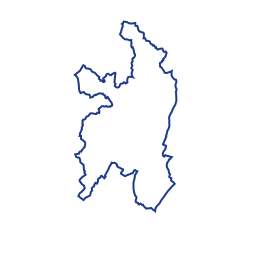 the district of Lac Thuy, Hòa Bình, Vietnam, rotated 41°
{"feature_id": "81297802B25708049906691", "entity_name": "Lac Thuy", "entity_type": "district", "adm_level": 2, "iso_a3": "VNM", "parent_name": "Vietnam", "parent_adm1": "Hòa Bình", "projection": "mercator", "projection_center": [105.716, 20.495], "detail": "fine", "context": "isolated", "style": "outline", "palette": "blue", "viewbox_px": 256, "rotation_deg": 41, "n_neighbors": 0, "source": "geoboundaries", "source_scale": "gbopen_adm2", "svg_char_len": 5727}
<svg xmlns="http://www.w3.org/2000/svg" viewBox="0 0 256 256"><g transform="rotate(41 128 128)"><path d="M203.0,172.9L201.7,171.0L201.2,169.4L201.1,168.4L201.0,166.8L201.3,164.6L200.4,159.8L200.3,157.4L199.9,154.2L199.5,148.9L199.6,143.5L199.9,139.5L198.0,139.1L194.9,139.4L193.7,137.5L191.4,138.0L191.0,137.6L190.2,135.9L190.1,135.3L188.4,134.9L186.4,133.3L185.5,132.8L183.3,132.3L181.1,130.0L180.4,128.6L180.2,126.0L179.7,125.0L180.1,123.5L180.1,121.3L174.0,124.1L174.2,125.7L173.3,126.0L172.6,125.9L172.2,125.7L171.2,124.6L170.5,123.2L170.3,122.3L170.0,119.3L169.7,118.9L168.7,116.7L168.2,116.5L165.9,117.4L165.1,117.4L164.3,114.5L163.8,113.5L163.7,112.5L163.4,112.2L163.2,111.0L162.6,110.0L162.5,109.4L162.1,109.4L161.9,109.2L161.7,108.3L160.2,105.4L159.6,104.5L159.2,102.2L158.7,101.2L158.2,99.8L156.2,97.4L155.1,96.4L154.3,95.1L152.8,93.9L151.9,92.7L151.2,90.9L151.1,90.0L150.7,89.4L150.6,87.9L148.9,82.5L148.5,79.8L148.0,78.4L147.3,77.2L146.6,75.6L141.4,70.1L140.5,69.4L140.1,68.6L139.9,67.9L139.0,66.7L137.1,65.9L136.0,64.9L135.1,63.4L134.5,61.9L133.7,60.8L132.4,60.1L131.2,60.8L128.9,60.7L127.1,60.1L125.9,59.3L124.1,57.1L123.7,56.3L123.2,57.5L121.0,61.3L119.3,62.2L118.3,61.6L113.7,60.4L112.1,60.7L109.5,58.1L109.6,57.4L110.2,56.5L110.3,56.1L109.6,55.0L110.3,53.8L109.2,52.9L109.5,52.0L109.3,51.1L109.5,49.6L107.8,45.9L106.2,45.6L105.8,46.6L105.2,46.9L104.2,46.8L102.2,45.7L101.5,46.1L101.3,45.9L99.8,47.7L99.3,48.9L98.7,49.4L97.8,49.1L97.3,49.1L96.5,49.5L96.4,49.4L96.1,48.7L95.8,48.5L95.4,48.6L94.5,49.1L93.3,48.7L93.2,49.2L92.8,49.4L91.8,48.9L91.0,49.4L90.1,49.5L89.2,49.3L88.1,48.6L87.6,48.5L86.4,48.8L84.5,50.2L82.0,49.1L80.9,50.1L79.8,48.4L78.1,46.4L77.7,46.1L77.2,46.0L76.8,46.1L75.5,46.8L74.1,47.1L73.5,47.7L73.2,47.7L70.7,46.8L69.6,45.7L68.2,44.9L66.9,45.9L66.6,46.0L64.6,44.0L63.3,45.4L62.7,46.5L61.8,47.0L61.2,47.6L60.1,48.3L57.5,48.8L54.9,50.6L55.5,52.1L55.2,53.4L56.0,53.3L56.3,53.5L57.2,54.5L58.7,58.2L59.8,60.1L60.2,61.6L60.6,62.6L61.6,62.8L63.9,62.9L64.7,63.3L67.2,63.1L67.8,62.9L69.0,61.8L71.9,60.6L72.8,59.5L73.9,60.8L75.2,61.8L76.3,63.6L76.9,64.1L77.7,64.6L78.2,64.7L78.7,64.0L80.1,64.7L80.7,65.3L81.9,65.9L83.6,67.5L84.6,67.7L85.6,68.4L85.9,69.0L86.3,70.5L86.3,71.5L85.8,72.1L85.9,72.6L86.3,73.4L87.7,74.4L87.7,75.4L88.1,76.6L88.4,77.0L90.3,78.0L91.2,80.5L91.4,80.8L93.5,81.1L94.5,83.8L95.4,84.9L97.2,86.3L98.2,86.5L97.3,86.9L95.6,88.3L94.8,89.3L94.9,90.0L95.3,91.3L96.6,93.1L97.6,93.9L97.4,95.4L97.1,95.9L95.3,95.8L94.9,96.1L94.8,96.4L95.0,97.1L94.9,97.6L93.5,99.5L93.6,100.7L94.2,102.1L94.3,102.8L94.0,103.8L93.5,104.3L92.4,105.0L90.8,105.0L90.3,104.7L89.7,102.9L88.8,102.9L87.9,102.4L87.0,101.3L85.3,98.9L84.2,97.4L83.4,96.0L82.6,94.9L82.0,94.8L81.5,95.5L81.3,96.2L80.8,97.1L80.6,99.3L79.7,99.7L77.6,100.0L76.9,100.6L76.7,101.4L76.8,102.5L77.4,103.4L76.7,106.4L76.7,106.8L77.2,107.2L79.0,107.6L79.8,108.1L79.8,108.8L79.4,109.4L79.0,109.5L78.9,109.1L78.6,109.0L77.0,109.5L76.6,109.8L76.5,110.3L76.3,110.4L75.9,109.7L74.1,110.0L73.4,109.7L72.9,108.3L70.8,108.6L67.5,108.1L66.3,108.2L64.2,109.0L63.5,109.0L61.5,108.3L60.8,108.4L58.9,109.3L57.9,110.1L56.8,110.5L56.4,110.5L55.5,109.8L54.1,109.6L53.1,110.0L54.2,116.4L53.0,122.8L56.0,122.9L58.2,123.9L59.4,125.0L62.0,127.2L66.1,131.3L68.4,132.5L69.4,132.7L69.8,131.4L71.3,129.8L72.5,130.3L73.3,130.0L74.1,130.1L74.7,129.6L76.3,128.8L76.9,128.2L78.0,128.5L78.9,129.1L79.5,129.8L81.1,127.8L80.9,126.7L81.2,124.7L81.5,124.4L82.1,124.3L83.5,120.8L86.5,118.6L86.9,119.0L87.6,119.0L89.1,118.5L90.2,119.1L90.9,119.9L91.6,120.0L92.2,119.8L92.4,119.6L92.4,119.1L92.1,118.1L92.7,118.0L95.4,118.9L99.3,119.8L101.3,121.3L100.5,123.8L99.5,124.1L99.0,125.2L98.6,125.5L97.1,125.7L96.5,127.0L95.9,127.5L94.6,128.0L93.9,128.9L93.8,130.8L93.3,132.5L93.3,133.0L95.5,134.2L96.3,135.3L96.4,135.7L95.0,136.3L94.7,136.6L94.9,138.3L94.7,138.5L91.9,140.1L90.4,141.2L89.9,142.0L90.2,144.5L89.9,145.5L89.2,146.7L89.8,149.0L89.6,150.2L88.7,151.3L88.8,152.3L90.1,153.4L90.9,155.0L91.8,155.1L92.2,155.6L92.8,158.0L93.1,158.4L94.0,159.0L94.1,159.9L94.4,160.3L95.2,163.4L96.1,164.5L96.7,165.7L97.4,164.9L97.7,164.8L99.8,167.1L100.3,167.2L101.5,166.8L105.0,166.9L106.5,168.5L107.2,169.6L107.2,170.3L107.9,171.1L107.7,172.8L107.8,174.1L107.6,175.0L108.1,175.8L108.2,176.5L107.2,177.3L107.1,177.9L107.2,178.6L107.9,179.4L105.5,182.5L107.9,183.8L109.4,183.3L110.8,182.4L112.7,183.4L113.8,184.6L114.5,185.0L115.5,185.1L118.6,185.0L122.7,188.9L124.0,189.0L124.4,190.4L126.6,191.0L126.6,191.6L125.6,195.3L125.6,199.2L126.9,200.0L128.5,200.1L129.0,200.5L130.0,200.6L132.6,200.4L134.8,201.7L135.0,203.2L134.9,205.4L135.0,206.3L134.8,206.8L134.4,208.8L135.2,212.0L141.7,211.6L141.6,209.8L141.8,208.3L143.5,204.3L143.4,203.4L143.0,202.5L142.0,200.7L141.9,198.6L140.7,197.9L140.2,197.0L140.2,195.3L140.6,194.4L140.4,193.6L139.7,192.8L139.4,190.9L139.5,190.6L141.1,190.3L140.4,188.1L139.6,187.2L138.8,185.8L139.6,183.9L139.1,181.9L139.2,181.6L139.5,181.4L143.1,181.4L143.0,179.4L141.9,179.1L141.6,178.0L140.3,172.0L139.4,169.7L139.0,166.7L138.4,164.9L139.5,164.4L140.7,163.0L142.1,162.8L143.8,162.9L144.3,163.3L144.5,163.7L145.1,164.1L147.5,163.6L151.5,162.5L152.1,163.2L151.9,164.8L152.2,166.6L152.4,166.9L152.7,167.1L157.1,166.4L157.6,166.1L158.0,164.7L160.2,160.5L161.2,159.0L160.5,156.2L160.6,155.5L160.8,155.2L161.8,155.1L163.4,154.6L164.3,159.2L166.0,161.7L167.9,165.5L168.7,166.5L172.3,170.5L174.1,172.0L177.5,174.2L179.4,174.5L180.0,174.8L181.4,177.7L181.8,178.3L182.5,178.6L183.0,178.8L184.3,178.0L184.6,178.0L186.0,178.7L186.3,178.7L186.6,178.3L186.9,176.9L189.1,176.8L189.2,176.7L189.6,176.1L190.3,176.2L191.0,176.7L192.4,176.7L193.0,176.9L194.8,176.7L194.8,176.4L196.7,174.8L197.8,173.2L201.2,173.2L202.3,172.9L203.0,172.9Z" fill="none" stroke="#1e3a8a" stroke-width="2"/></g></svg>